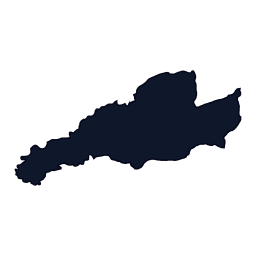 San Mateo, Alajuela, Costa Rica
{"feature_id": "36466004B56019207244783", "entity_name": "San Mateo", "entity_type": "district", "adm_level": 2, "iso_a3": "CRI", "parent_name": "Costa Rica", "parent_adm1": "Alajuela", "projection": "orthographic", "projection_center": [-84.558, 9.96], "detail": "fine", "context": "isolated", "style": "filled", "palette": "ink", "viewbox_px": 256, "rotation_deg": 0, "n_neighbors": 0, "source": "geoboundaries", "source_scale": "gbopen_adm2", "svg_char_len": 5776}
<svg xmlns="http://www.w3.org/2000/svg" viewBox="0 0 256 256"><path d="M240.0,88.6L237.1,89.1L236.6,89.9L235.5,90.9L234.7,92.8L233.5,93.8L232.2,94.7L231.1,94.9L229.9,95.3L228.7,95.3L227.7,96.5L227.5,96.9L226.9,97.4L225.0,98.1L224.5,98.5L221.8,99.4L220.1,99.8L218.6,99.9L216.5,100.6L215.2,100.9L211.7,102.4L209.7,102.9L209.1,103.2L207.7,103.7L204.6,104.5L204.3,104.8L202.0,105.7L200.6,106.3L198.5,107.2L196.4,107.3L195.9,106.9L195.1,106.0L194.8,105.2L193.8,103.6L193.5,102.2L193.5,101.3L194.7,99.6L195.8,97.7L196.4,94.9L196.4,92.2L195.9,90.3L195.9,85.5L195.7,83.8L195.5,83.1L194.9,82.1L194.7,81.6L194.7,80.3L195.4,77.7L195.4,75.6L194.1,72.3L193.2,71.1L192.6,71.1L191.8,71.5L191.3,72.7L190.7,73.0L188.6,73.0L187.7,72.7L186.1,72.0L184.2,71.4L182.7,71.3L181.6,71.5L180.4,72.0L179.6,72.1L178.0,72.7L177.7,72.9L176.7,73.1L174.9,74.0L174.0,74.3L170.0,74.2L169.1,73.6L168.7,73.0L168.1,72.7L166.3,72.7L164.8,73.1L164.3,73.1L163.9,73.3L159.6,74.4L158.3,75.0L156.0,75.9L155.8,76.1L150.8,78.2L148.6,79.4L148.0,80.0L147.0,81.3L145.4,82.9L144.6,83.5L144.4,83.5L144.0,84.1L142.8,84.7L142.1,85.3L141.1,85.7L139.6,86.6L139.0,87.2L138.9,87.2L138.1,88.0L136.9,90.1L136.8,92.0L136.7,92.7L136.4,93.6L135.9,93.9L134.7,94.3L133.8,94.8L133.9,95.3L134.5,96.1L134.7,97.0L134.7,98.7L135.2,99.2L135.3,99.5L135.3,100.7L135.0,101.0L134.5,101.2L132.3,101.7L131.1,103.2L130.8,103.1L129.9,102.3L129.1,103.5L128.6,105.1L127.8,105.9L126.1,106.0L125.4,104.1L125.2,103.9L124.6,103.9L122.2,105.0L120.1,105.3L118.0,105.3L117.7,105.1L117.6,104.3L117.0,104.0L116.7,103.4L116.7,101.0L115.7,101.5L114.9,102.0L114.1,102.8L113.7,103.6L112.6,104.1L111.6,104.3L108.6,104.3L106.6,105.4L104.8,106.7L103.5,106.9L102.3,106.9L101.5,107.1L99.8,109.0L99.3,109.3L97.9,109.3L97.4,109.1L96.8,109.1L96.2,109.6L95.6,110.6L95.3,111.3L95.2,112.4L94.7,114.0L93.1,115.7L92.3,116.1L89.4,116.5L89.1,116.2L88.2,116.4L87.4,117.0L87.0,118.0L86.3,118.7L85.3,119.4L84.2,119.8L83.7,119.4L81.4,121.0L80.1,123.0L79.9,125.2L79.6,125.5L79.2,126.7L79.2,128.4L78.9,129.3L77.0,129.8L76.6,130.5L75.5,131.1L73.8,132.9L72.8,133.0L70.8,132.2L70.0,132.4L69.6,132.8L69.5,134.4L69.7,135.2L70.2,136.5L70.2,137.3L69.9,137.6L69.2,137.9L66.6,138.2L63.1,138.2L61.4,138.3L59.7,139.1L56.9,139.8L52.0,139.8L49.7,141.2L47.5,142.2L47.3,142.4L47.6,144.2L46.9,145.0L46.4,146.3L45.0,148.0L44.1,148.6L43.5,148.7L42.3,149.0L41.7,149.0L39.4,148.3L39.0,148.0L38.9,147.7L38.3,147.1L37.4,146.5L36.8,145.8L35.9,145.5L34.8,145.4L33.0,146.4L32.7,146.9L31.9,147.6L31.6,147.8L30.9,148.6L30.9,149.6L31.1,151.4L31.1,152.6L30.6,153.9L29.4,155.2L28.1,156.0L25.8,156.5L22.1,156.6L21.4,156.8L21.1,157.5L21.1,158.4L21.5,159.3L22.0,159.6L24.3,159.6L25.4,159.8L25.7,160.1L25.7,160.7L24.8,161.6L24.3,161.8L22.4,163.2L21.9,163.8L20.4,164.8L19.5,165.1L18.5,165.1L17.8,165.3L17.5,165.5L17.3,166.0L17.3,166.6L17.7,167.5L18.4,168.2L18.4,169.3L18.0,170.0L17.8,170.2L17.4,170.2L16.0,169.3L15.4,169.4L15.4,169.9L15.9,171.1L16.0,171.1L16.5,172.1L16.0,174.6L16.6,174.8L17.8,176.0L18.6,178.1L20.7,178.5L21.6,178.6L22.7,178.9L22.9,179.1L22.9,180.7L23.1,181.0L23.4,181.4L24.3,181.9L25.5,182.1L27.5,182.1L28.7,181.4L30.4,181.4L30.9,182.0L31.4,183.3L32.4,183.6L34.5,184.8L35.0,184.9L35.6,184.9L35.9,184.8L36.9,183.9L37.3,183.6L38.9,184.6L39.6,184.6L40.0,184.4L40.3,184.0L40.3,183.5L39.7,181.9L39.7,180.9L43.0,179.2L44.6,176.9L45.0,176.6L45.3,175.8L45.2,173.6L46.4,172.4L47.6,171.9L49.0,171.7L49.6,171.4L51.0,170.5L51.6,170.3L54.1,170.4L60.9,168.7L61.0,168.4L61.0,167.6L60.3,167.1L58.4,166.1L58.2,166.0L58.2,165.6L59.0,164.8L62.5,163.3L64.6,163.3L65.2,163.4L66.5,164.1L68.5,164.9L70.2,164.9L71.4,164.9L72.3,164.6L73.2,164.6L73.6,165.4L74.0,165.7L74.9,166.0L75.7,166.0L76.9,165.7L77.7,165.2L79.8,163.6L80.5,163.6L81.3,164.1L83.2,164.0L83.5,163.6L83.6,162.2L84.5,160.3L84.7,160.1L86.4,160.0L87.7,159.8L88.4,159.3L88.5,155.8L89.0,154.8L89.4,154.5L90.4,154.5L91.0,154.7L91.7,155.2L92.8,156.4L93.4,157.9L93.9,158.6L95.4,157.0L95.9,156.9L96.3,156.6L97.8,156.3L98.2,156.1L99.8,156.1L100.7,155.8L101.8,155.8L103.2,155.3L104.7,155.0L107.6,155.2L108.5,155.4L109.3,155.9L110.1,156.9L111.1,158.7L111.6,159.1L112.0,159.4L112.7,159.6L113.5,159.7L114.2,159.9L114.7,159.9L115.4,160.3L115.9,160.3L117.8,161.2L120.1,161.4L121.3,162.4L121.8,162.6L124.6,163.2L126.4,163.2L126.6,163.0L127.7,162.7L129.5,162.7L130.0,162.8L130.7,163.5L131.0,165.2L131.2,165.6L133.5,167.2L133.6,167.4L134.4,168.0L135.0,168.8L137.4,168.8L137.6,168.6L138.1,168.6L139.1,168.2L140.4,167.5L140.7,167.4L141.4,166.9L142.4,165.7L142.9,164.7L143.8,163.2L146.4,160.9L148.4,159.8L148.9,159.7L149.4,159.5L149.9,159.5L150.6,159.1L153.5,159.0L155.5,159.3L156.7,159.7L157.5,159.6L158.5,159.9L159.8,159.9L161.4,160.2L167.0,160.2L168.5,159.9L172.7,159.9L173.7,160.2L175.6,160.2L178.6,159.5L181.1,158.6L185.0,157.5L186.1,156.7L186.5,155.6L186.7,155.3L188.3,154.6L188.9,153.9L189.0,153.7L189.2,151.7L190.1,150.3L190.1,148.8L191.1,148.7L191.9,148.4L194.4,147.0L196.1,145.4L197.3,145.4L199.3,144.3L201.0,144.0L203.5,144.1L204.8,143.7L205.2,143.4L205.5,143.4L207.1,144.3L210.3,145.2L212.0,145.3L214.2,144.3L215.1,144.2L215.6,144.4L215.9,144.8L218.3,146.2L220.5,147.0L221.0,147.4L224.1,147.7L224.5,145.1L224.5,144.3L224.8,143.3L224.8,140.7L224.5,139.9L224.2,139.8L223.8,138.9L223.7,137.3L224.0,136.7L226.4,134.2L226.8,133.5L227.7,132.6L229.1,131.5L230.4,130.8L231.3,130.4L232.1,130.4L233.4,129.7L234.4,128.8L234.7,128.4L234.9,128.3L235.6,127.6L236.1,127.0L236.3,126.5L237.0,125.8L238.2,124.1L239.1,122.3L240.1,120.9L240.5,119.7L240.6,119.2L240.6,116.9L240.1,116.5L239.8,116.5L239.2,115.7L238.8,114.0L238.8,111.8L238.9,111.4L239.1,105.8L238.6,104.5L238.2,102.1L237.3,100.6L237.3,98.0L237.4,97.6L237.9,96.9L239.8,95.7L240.1,95.2L240.5,94.2L240.5,92.6L240.3,91.9L240.0,91.6L239.6,91.0L239.7,89.7L239.9,89.4L240.0,88.6Z" fill="#0f172a" stroke="#020617" stroke-width="1.5"/></svg>